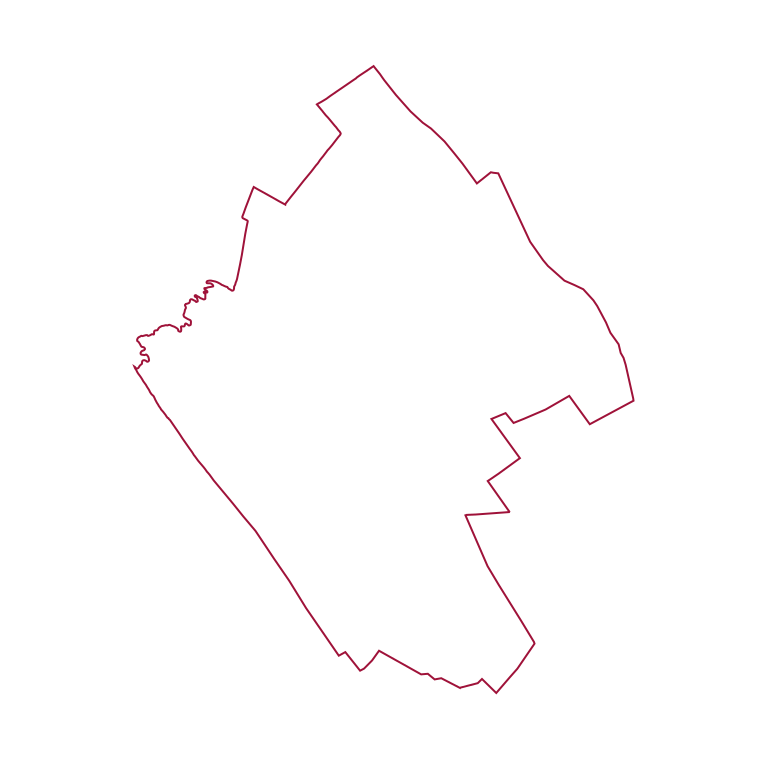 the district of Draganesti De Vede, Teleorman, Romania, rotated 265°
{"feature_id": "2599482B68753922423647", "entity_name": "Draganesti De Vede", "entity_type": "district", "adm_level": 2, "iso_a3": "ROU", "parent_name": "Romania", "parent_adm1": "Teleorman", "projection": "albers", "projection_center": [25.058, 44.14], "detail": "fine", "context": "isolated", "style": "outline", "palette": "rose", "viewbox_px": 768, "rotation_deg": 265, "n_neighbors": 0, "source": "geoboundaries", "source_scale": "gbopen_adm2", "svg_char_len": 6143}
<svg xmlns="http://www.w3.org/2000/svg" viewBox="0 0 768 768"><g transform="rotate(265 384 384)"><path d="M668.4,341.5L662.9,345.3L661.2,346.5L660.5,346.9L656.8,349.4L654.3,351.4L651.9,353.1L645.5,357.5L644.1,358.6L640.7,360.7L640.0,361.3L639.2,361.9L638.2,362.4L637.7,362.6L637.3,362.7L636.8,362.5L636.2,362.2L635.5,361.6L634.1,360.1L631.5,357.7L626.6,353.2L625.1,351.7L623.5,350.1L621.6,348.0L620.3,346.9L618.0,344.8L616.1,343.1L614.2,341.2L612.6,339.7L610.3,337.9L609.2,336.9L607.7,335.3L601.8,329.9L593.5,321.7L584.0,312.8L578.7,307.7L572.4,301.8L571.7,301.4L571.3,301.3L575.2,295.4L580.5,287.7L588.9,275.3L591.6,271.4L588.9,269.9L571.9,261.6L566.0,258.9L563.6,257.7L562.9,257.4L562.5,257.4L562.0,257.5L561.5,257.8L559.1,261.6L558.5,262.3L558.1,262.4L557.6,262.4L556.8,262.1L554.5,261.4L545.7,258.9L524.8,253.6L515.6,251.0L501.6,246.8L500.3,246.3L498.8,245.6L498.2,245.2L495.9,244.4L494.1,243.2L492.7,243.0L492.0,242.9L491.0,242.5L490.5,242.1L490.3,241.7L490.2,241.1L490.3,240.5L490.6,240.1L491.4,239.3L491.7,238.7L492.3,237.8L493.1,237.0L493.9,236.6L494.3,236.3L494.5,235.8L494.8,234.9L495.6,233.4L496.3,232.3L496.8,231.2L497.2,230.6L497.5,230.4L498.5,229.0L499.8,227.0L500.8,224.9L502.1,220.6L502.2,219.1L502.1,217.8L502.0,217.1L501.7,216.6L501.3,216.3L500.9,216.1L500.5,216.1L500.2,216.2L499.9,216.4L499.7,217.2L499.5,219.3L499.3,220.2L498.4,221.4L497.2,222.3L496.4,222.4L496.1,222.2L495.8,219.7L495.7,217.8L495.6,216.9L495.3,216.2L495.1,214.3L495.2,213.8L495.0,213.4L494.6,213.4L494.2,213.5L493.9,213.7L492.6,215.3L492.2,215.7L491.8,216.0L491.4,216.1L490.8,216.0L490.5,215.6L490.5,215.3L490.7,214.7L491.7,213.1L491.5,212.7L491.2,212.4L490.3,212.7L489.9,213.2L489.4,213.7L488.9,213.9L488.2,213.8L487.5,213.7L486.2,213.6L485.5,213.5L484.8,213.5L484.4,213.3L484.2,213.0L484.0,212.5L484.0,211.8L484.1,211.4L484.6,210.6L485.2,209.3L485.7,208.4L486.2,207.8L486.7,207.4L488.0,205.3L488.6,204.8L488.9,204.2L488.9,203.7L488.6,203.2L488.3,203.1L487.6,203.2L487.3,203.5L486.7,204.6L486.3,205.0L485.8,205.1L485.0,205.4L483.8,205.6L482.9,205.7L482.5,205.5L482.2,204.7L482.1,204.1L482.3,203.8L482.7,203.5L483.3,203.0L483.9,201.9L484.8,200.6L485.1,200.0L485.2,199.3L485.2,198.9L484.8,198.4L484.3,198.0L483.2,197.8L482.8,197.7L482.2,197.3L481.9,197.0L481.6,196.6L481.4,195.9L481.1,194.5L481.0,193.5L480.5,193.0L480.2,192.7L479.8,192.6L478.0,193.2L477.4,193.3L476.8,193.2L475.9,192.6L475.2,192.2L473.2,191.6L472.4,191.3L471.8,191.0L471.3,190.8L471.0,190.5L470.7,190.4L470.4,190.3L469.9,190.3L469.0,190.5L468.5,190.7L468.1,191.0L466.3,193.5L465.5,194.7L464.6,196.4L464.3,196.7L463.7,197.0L463.2,197.1L462.6,197.1L462.0,197.0L460.7,196.8L460.2,196.7L459.9,196.6L459.7,196.3L459.4,195.7L459.3,195.2L459.3,194.7L459.7,194.2L460.5,193.4L461.1,192.7L461.4,192.2L461.5,191.8L461.5,191.5L461.2,191.2L460.7,190.9L459.6,190.6L459.1,190.3L458.9,190.0L458.8,189.6L459.1,187.3L458.9,186.9L458.6,186.7L456.6,186.8L455.4,186.7L454.7,186.5L454.2,186.3L453.9,185.8L453.9,185.3L454.3,184.4L454.9,183.7L455.3,183.6L455.9,183.7L456.3,183.6L457.0,183.1L457.7,182.4L459.3,180.2L460.2,178.2L461.6,175.7L461.6,175.0L461.6,174.5L461.3,173.7L461.3,173.0L461.6,172.0L461.5,170.9L461.3,170.0L461.2,169.1L461.1,167.7L460.5,166.3L459.9,165.2L459.4,164.5L457.4,163.0L457.3,162.6L457.3,161.1L457.2,160.5L456.9,160.0L456.5,159.7L455.9,159.5L454.1,159.3L453.7,159.2L453.4,158.9L453.4,158.6L453.5,158.3L453.7,157.9L453.8,157.2L453.7,156.6L453.2,155.9L452.7,154.4L452.5,153.6L452.6,153.0L453.3,152.3L453.4,151.1L453.2,149.9L452.8,147.8L452.8,147.4L453.0,147.0L453.1,146.6L453.1,146.3L452.5,145.1L451.9,143.6L451.1,142.7L450.1,142.1L449.4,141.9L448.8,141.9L448.3,142.0L448.0,142.3L447.6,142.9L447.1,143.3L444.8,144.5L443.4,145.0L442.4,145.6L442.1,146.0L441.9,146.8L441.5,147.9L440.9,148.5L440.2,148.9L439.6,148.9L439.0,148.4L438.6,148.0L438.0,145.9L437.7,145.4L437.2,144.9L436.6,144.4L435.9,144.2L435.4,144.2L435.0,144.3L434.7,144.5L434.4,144.9L433.8,147.5L433.7,148.1L433.8,148.6L434.0,149.1L434.1,149.5L433.9,149.9L433.7,150.2L432.0,151.4L431.3,151.6L429.9,151.9L428.7,152.0L428.1,152.0L427.7,151.8L427.2,151.4L427.0,151.0L426.8,150.6L426.9,149.9L427.2,149.5L427.7,149.1L428.0,148.6L428.3,148.1L428.6,147.4L428.6,146.8L428.6,146.2L428.3,145.7L428.0,145.3L427.6,145.1L427.1,144.9L425.6,144.7L425.1,144.5L424.7,143.9L424.1,143.0L423.3,142.1L422.3,141.4L421.4,140.7L421.1,140.1L421.0,139.5L421.0,139.0L421.2,138.5L421.5,138.1L421.9,137.8L422.6,137.4L423.0,136.9L421.1,137.5L419.8,138.3L419.0,138.6L417.0,139.4L415.5,140.2L413.6,141.4L411.9,142.4L409.8,143.5L408.0,144.3L406.6,145.1L404.0,146.7L401.8,147.7L398.8,149.3L397.6,149.8L396.6,150.1L395.1,150.9L394.1,151.5L393.1,152.4L392.3,153.2L391.8,153.5L390.6,154.0L388.2,154.8L386.8,155.4L385.1,156.1L383.1,157.2L382.0,157.6L379.8,158.9L378.9,159.4L378.2,159.6L375.5,161.6L373.3,163.0L372.4,163.6L370.8,164.4L369.2,165.4L369.0,165.7L368.8,166.2L368.5,166.3L367.9,166.6L366.7,167.7L352.0,176.0L347.1,178.6L336.7,184.6L333.2,186.7L331.3,187.7L329.8,188.4L328.5,189.3L323.7,192.2L321.0,194.1L317.1,196.9L314.8,198.4L312.0,200.0L311.3,200.6L308.9,202.3L302.7,206.0L278.2,223.0L264.3,232.3L248.8,243.2L237.7,249.3L219.4,259.3L196.3,272.4L167.6,286.8L117.3,315.3L120.3,322.1L100.5,335.2L102.2,339.3L109.6,348.0L118.7,355.8L91.5,395.7L91.5,402.4L85.3,408.7L85.9,415.4L74.6,433.2L74.8,433.3L77.8,451.3L81.6,455.9L66.4,468.9L81.2,484.1L88.7,492.0L112.2,511.3L114.0,510.9L135.7,500.2L173.9,480.8L193.5,471.3L246.1,453.7L246.4,455.0L246.0,463.9L245.5,497.4L246.0,497.7L278.3,478.9L284.6,490.2L298.3,512.9L339.8,488.0L344.4,502.6L333.9,509.7L337.2,520.6L344.5,542.8L356.0,567.5L326.0,585.5L345.6,631.1L347.9,631.0L382.1,626.4L389.2,624.9L394.3,622.5L403.1,621.2L415.3,614.0L426.0,610.5L443.1,603.2L449.1,599.9L461.0,590.8L466.0,582.3L471.2,572.8L487.3,557.6L493.6,553.2L512.9,542.0L583.9,516.2L584.9,511.3L585.6,508.9L575.7,494.0L596.7,481.4L607.8,474.0L620.4,465.4L634.4,453.1L640.9,445.4L653.2,434.2L671.0,421.0L686.5,410.8L689.7,408.9L692.9,407.1L701.6,401.3L698.4,395.7L693.5,386.7L691.7,383.6L690.9,382.7L689.6,380.3L679.8,362.9L675.6,355.5L673.0,351.2L670.6,346.3L669.2,343.1L668.4,341.5Z" fill="none" stroke="#9f1239" stroke-width="2"/></g></svg>